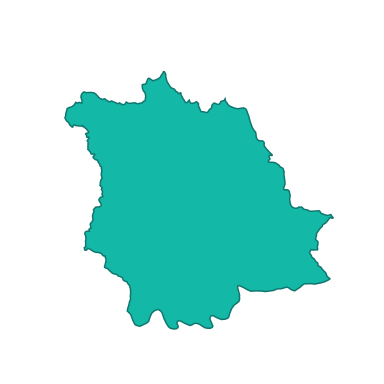 Phu Yen, Son La, Vietnam, rotated 338°
{"feature_id": "81297802B22446045808118", "entity_name": "Phu Yen", "entity_type": "district", "adm_level": 2, "iso_a3": "VNM", "parent_name": "Vietnam", "parent_adm1": "Son La", "projection": "natural_earth1", "projection_center": [104.682, 21.225], "detail": "fine", "context": "isolated", "style": "filled", "palette": "teal", "viewbox_px": 384, "rotation_deg": 338, "n_neighbors": 0, "source": "geoboundaries", "source_scale": "gbopen_adm2", "svg_char_len": 5970}
<svg xmlns="http://www.w3.org/2000/svg" viewBox="0 0 384 384"><g transform="rotate(338 192 192)"><path d="M119.7,308.0L120.8,310.1L123.7,312.2L126.2,312.9L128.1,312.5L128.9,311.5L128.8,308.2L129.7,306.9L130.5,306.4L132.0,306.5L134.1,308.6L136.5,311.5L140.1,315.0L142.2,315.2L144.7,314.7L146.4,315.1L149.2,317.2L152.9,322.5L155.3,324.1L158.0,325.2L160.2,325.0L161.1,324.0L161.0,317.1L161.8,314.9L162.9,314.1L164.4,314.1L166.0,315.3L167.5,317.3L171.4,321.2L175.5,322.4L177.9,322.4L179.5,321.4L181.1,319.1L184.9,315.1L188.5,312.7L194.2,311.2L195.3,310.2L196.2,308.8L196.6,307.2L197.5,305.5L198.4,298.2L199.1,296.4L200.4,296.3L201.3,297.0L204.1,300.0L207.2,303.9L209.3,305.9L214.6,307.8L219.7,310.0L222.7,311.8L230.8,313.8L234.9,313.8L238.4,315.1L244.3,315.7L245.7,317.0L247.3,319.6L249.4,321.6L250.4,322.1L256.5,320.8L260.5,319.4L262.0,319.3L268.3,321.7L271.1,323.3L277.2,324.5L281.3,324.9L285.3,324.7L287.3,324.2L287.3,323.5L286.8,323.1L285.7,321.1L285.7,317.1L283.9,312.7L283.2,309.8L281.4,307.7L281.5,306.8L282.0,304.9L280.8,303.1L280.1,299.3L279.4,298.7L278.7,297.1L278.8,295.7L278.6,294.3L278.3,293.2L278.3,292.1L280.9,290.0L282.8,291.4L284.5,291.6L285.8,292.4L286.8,292.6L287.2,291.9L287.7,289.6L288.9,288.1L290.0,285.8L290.0,284.7L288.9,282.6L288.8,282.1L291.2,278.8L291.8,277.2L297.0,273.8L299.9,272.7L300.9,271.2L304.0,271.0L304.9,270.4L306.1,270.0L310.0,267.5L310.6,267.6L312.1,268.8L312.8,269.0L313.2,268.5L312.7,267.2L312.3,264.9L310.3,264.8L308.4,264.3L307.5,263.6L303.8,260.2L303.3,258.0L302.9,257.1L294.4,254.2L293.4,253.3L292.7,252.2L289.1,249.8L288.7,248.4L287.9,246.9L286.2,246.5L285.6,246.0L285.1,245.9L284.3,246.4L282.3,246.0L281.0,245.4L279.4,243.6L278.8,242.2L278.8,239.4L279.3,237.2L280.1,234.7L281.7,232.1L282.4,227.5L281.8,226.2L280.9,225.5L278.3,224.5L278.2,223.3L278.6,222.5L281.2,219.5L281.9,217.6L283.9,209.8L285.0,207.6L285.2,204.7L284.8,203.6L283.3,201.8L282.5,199.3L280.7,196.8L279.3,195.4L276.3,193.9L274.8,193.5L274.1,192.7L274.6,191.7L276.6,190.7L276.8,190.3L276.6,188.5L277.0,187.5L277.9,187.0L279.6,188.1L280.1,188.0L280.2,187.5L278.8,184.4L276.7,178.5L276.3,176.4L276.5,175.2L277.1,174.1L277.4,173.0L277.1,171.8L276.5,171.1L273.1,169.4L272.1,167.3L272.1,165.3L273.2,161.5L273.3,160.2L272.7,158.5L272.0,154.6L272.3,148.6L273.0,143.0L273.2,136.7L273.1,135.8L272.6,134.6L271.3,133.3L265.7,132.0L263.0,130.3L259.3,126.7L258.3,125.1L257.7,122.1L257.1,120.9L257.6,118.0L256.4,119.0L255.4,119.1L252.5,118.9L251.2,120.3L250.2,120.8L249.0,120.5L247.7,119.6L246.5,118.2L245.6,117.8L244.8,118.1L243.5,118.7L242.7,119.5L241.8,121.1L241.2,121.6L239.5,121.9L236.2,124.0L235.1,123.7L233.0,122.1L230.7,121.0L230.4,119.7L230.3,114.1L231.1,112.9L230.4,110.5L230.1,110.1L229.5,110.0L226.7,110.3L224.0,109.1L223.7,108.4L223.9,105.8L220.9,107.1L220.2,107.1L219.7,106.7L219.3,106.0L219.1,103.8L218.5,101.2L218.5,100.0L218.2,98.0L218.8,96.0L218.5,95.7L217.6,95.9L216.5,95.6L215.9,94.0L214.9,92.9L214.3,90.4L213.9,89.7L212.0,87.9L211.2,86.3L210.2,80.0L210.8,75.5L211.5,73.6L211.8,72.5L211.4,70.1L210.6,69.7L209.7,70.7L208.7,71.5L207.9,71.7L205.8,73.6L203.4,74.3L200.8,74.5L197.4,74.2L195.2,70.9L194.3,70.3L193.9,70.4L193.0,71.0L190.1,74.1L189.0,74.5L186.9,73.9L186.1,73.9L185.8,74.3L184.9,77.3L184.8,79.8L185.3,81.3L185.5,83.7L184.7,86.5L183.8,87.6L183.2,89.4L182.7,89.7L180.6,89.9L179.2,90.7L176.6,90.1L175.2,90.1L174.2,89.5L172.9,88.2L171.5,87.5L169.6,87.2L167.0,86.3L166.0,85.6L164.7,84.0L162.8,85.4L161.4,85.4L160.5,85.0L159.5,84.1L158.2,82.2L157.9,82.2L157.0,82.5L156.1,82.1L151.6,77.6L150.9,77.3L149.8,77.6L149.1,77.4L147.3,75.2L146.2,73.1L145.8,72.8L143.8,72.7L141.4,70.4L139.7,65.7L138.6,63.7L135.9,61.9L131.1,60.2L129.5,58.8L128.6,58.8L127.4,59.3L126.0,60.2L125.4,61.0L124.5,62.6L124.3,66.0L124.0,66.8L123.1,68.3L121.1,66.7L118.9,66.6L117.7,65.3L116.8,66.2L115.3,67.2L113.1,67.8L112.3,68.0L109.9,67.7L107.6,67.8L104.2,72.3L103.2,74.3L101.9,75.8L102.2,78.5L102.7,79.9L103.6,81.3L103.7,83.4L103.9,84.3L105.2,86.9L105.5,87.1L106.0,86.9L107.0,85.8L107.6,85.7L108.5,86.0L108.9,86.7L109.6,87.2L111.6,88.1L113.1,89.1L114.1,89.5L115.4,89.3L115.4,90.8L116.6,91.2L117.0,93.0L118.1,94.4L118.1,95.7L118.8,97.2L118.5,97.9L117.9,98.2L115.6,98.0L115.1,98.4L115.5,99.9L115.0,101.2L115.0,101.8L115.3,102.1L116.8,102.3L116.9,102.7L116.5,103.6L114.1,105.1L114.3,106.4L114.2,107.4L113.6,108.3L113.2,109.7L112.5,110.6L112.4,111.7L111.4,113.4L112.7,116.8L112.7,118.6L113.0,119.2L115.8,120.3L115.7,120.9L115.2,121.6L114.0,121.9L113.4,122.4L113.3,123.4L113.7,124.4L115.0,126.2L116.3,127.1L116.2,128.9L116.8,131.7L116.6,133.8L117.5,134.6L117.5,135.0L116.7,136.3L116.8,137.6L114.2,142.2L113.9,145.4L113.4,145.9L112.6,146.2L112.1,146.7L110.3,149.2L110.1,150.0L109.2,151.3L109.4,152.2L110.3,153.9L110.3,154.4L109.3,155.0L109.0,155.5L109.2,157.3L109.1,158.5L107.5,160.6L107.8,162.1L107.7,162.7L107.3,163.0L105.1,162.6L102.7,164.3L102.6,165.5L103.1,167.8L103.2,169.1L102.8,170.5L101.9,171.0L100.3,171.0L97.6,170.1L96.9,170.0L94.0,171.5L93.8,173.5L91.3,175.9L90.5,177.8L89.9,180.3L89.5,181.0L88.2,182.2L87.2,182.5L85.9,183.3L85.5,183.9L84.9,187.6L83.4,187.6L82.4,188.2L82.3,189.8L82.0,189.9L80.1,189.0L79.3,188.9L78.1,189.2L77.3,189.9L76.9,191.1L77.0,192.9L76.1,195.9L74.9,197.6L74.1,200.1L73.2,202.1L72.6,203.0L71.3,203.2L70.8,205.4L70.9,205.8L71.5,206.1L72.7,206.3L73.8,205.3L74.3,205.1L76.0,206.9L78.6,210.5L80.4,212.0L82.7,213.1L84.6,214.7L85.0,215.4L85.6,217.5L86.4,218.4L87.6,218.9L87.0,220.6L87.0,222.0L86.8,223.1L84.2,226.9L83.0,228.2L82.8,229.1L83.2,229.9L85.1,231.4L85.6,233.0L87.7,237.4L88.9,238.7L91.3,240.1L91.9,242.0L94.4,244.1L95.3,245.4L95.3,248.0L95.8,248.9L98.1,250.9L98.2,252.8L98.9,255.1L98.9,255.8L98.5,259.2L97.4,262.4L95.6,265.9L94.9,268.5L93.1,270.1L91.3,272.9L88.8,275.9L87.4,278.1L89.3,282.4L89.1,288.8L89.4,293.1L89.9,294.2L91.9,296.0L93.7,297.0L101.0,296.5L103.4,295.7L105.5,293.0L108.9,289.5L111.9,288.2L115.6,287.9L117.2,288.9L118.6,291.1L119.0,293.3L118.6,299.0L119.0,304.4L119.7,308.0Z" fill="#14b8a6" stroke="#0f766e" stroke-width="1.5"/></g></svg>